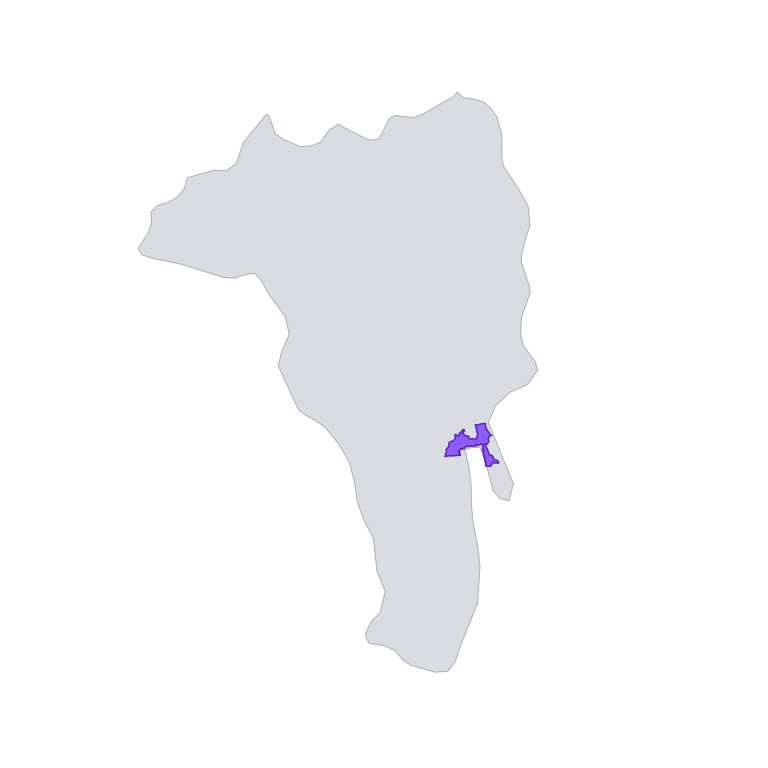 location of Sánchez, Samaná, Dominican Republic, rotated 72°
{"feature_id": "3306468B64693584443826", "entity_name": "Sánchez", "entity_type": "district", "adm_level": 2, "iso_a3": "DOM", "parent_name": "Dominican Republic", "parent_adm1": "Samaná", "projection": "orthographic", "projection_center": [-69.614, 19.143], "detail": "fine", "context": "in_parent", "style": "filled", "palette": "violet", "viewbox_px": 768, "rotation_deg": 72, "n_neighbors": 0, "source": "geoboundaries", "source_scale": "gbopen_adm2", "svg_char_len": 6506}
<svg xmlns="http://www.w3.org/2000/svg" viewBox="0 0 768 768"><g transform="rotate(72 384 384)"><path d="M127.1,507.3L128.1,479.5L132.5,468.2L128.7,456.3L111.1,443.4L100.5,427.0L91.1,412.4L93.3,410.4L112.5,410.0L119.3,404.8L132.5,390.2L135.2,378.3L134.3,369.4L126.0,358.5L122.8,347.2L133.3,337.4L147.0,323.2L149.0,317.7L148.7,312.2L133.1,296.8L132.1,290.3L139.7,273.9L139.1,263.0L132.2,228.9L128.8,223.7L135.8,221.0L140.6,210.9L146.8,201.9L155.0,197.2L164.3,194.2L182.7,194.7L208.1,202.8L215.3,202.7L239.8,195.8L260.2,192.0L279.2,196.6L286.9,202.8L302.6,212.7L310.5,215.7L335.4,215.6L342.2,216.6L363.1,232.8L380.7,239.3L390.9,239.6L409.3,233.4L418.4,233.6L428.8,247.5L430.8,267.2L439.5,285.1L452.9,296.6L519.0,291.8L533.7,301.2L528.7,309.0L519.4,313.2L487.9,311.3L474.2,312.3L471.4,320.1L471.4,327.3L489.8,329.0L507.8,332.6L526.2,338.3L544.9,342.3L565.9,344.8L586.7,348.9L621.4,362.8L659.8,394.7L670.1,402.0L676.9,412.0L673.8,424.4L660.2,444.9L652.5,451.4L641.2,455.5L633.5,463.8L626.1,478.1L621.5,479.3L616.2,478.8L606.9,470.8L600.3,458.4L581.7,446.9L559.7,448.5L527.3,441.7L507.7,445.1L488.1,445.8L468.0,442.3L447.8,441.1L427.7,445.4L408.1,452.9L400.9,457.6L388.3,469.1L381.6,473.4L334.0,479.0L320.3,470.4L307.7,458.8L289.4,457.1L262.8,465.8L246.2,469.0L239.4,472.8L237.4,477.1L237.2,493.3L233.4,503.2L207.2,540.1L192.3,566.3L186.2,574.3L179.3,576.0L166.6,560.8L158.6,555.2L148.5,552.4L144.3,544.3L144.6,532.9L142.1,521.8L136.0,513.1L127.1,507.3Z" fill="#d9dde1" stroke="#a8b0b8" stroke-width="1"/><path d="M451.8,322.3L451.9,322.9L452.0,323.3L452.5,324.3L453.2,325.2L454.3,327.6L454.6,328.0L455.0,328.3L455.9,328.6L456.1,328.9L456.1,329.8L456.0,330.3L455.2,330.8L454.0,331.2L454.4,332.0L455.0,332.6L455.3,332.7L455.5,332.7L456.1,332.4L456.5,332.4L457.6,332.9L458.3,333.6L459.4,335.8L459.4,336.4L459.4,339.2L459.6,339.6L460.0,340.3L460.9,340.8L462.2,341.0L463.3,341.5L463.6,341.9L464.3,343.4L464.9,344.2L465.2,344.8L465.5,345.0L465.9,345.2L467.0,345.4L467.9,345.8L468.9,346.5L469.5,346.9L470.3,347.5L470.9,347.8L471.8,348.4L471.8,347.1L472.2,346.0L472.3,344.5L473.1,342.7L473.3,341.6L473.6,340.8L473.8,339.6L474.0,338.9L474.2,337.8L474.5,337.0L474.7,335.9L475.0,335.1L475.2,334.0L475.4,333.5L475.1,333.4L475.0,333.6L474.8,333.6L474.7,333.8L474.2,333.8L474.2,333.7L474.2,333.4L473.8,333.3L473.7,333.4L473.3,333.3L473.2,333.4L472.3,333.4L472.2,333.4L472.2,333.6L472.2,334.0L471.8,334.0L471.9,333.1L471.5,333.2L471.2,333.2L470.9,333.2L470.7,333.0L470.5,332.6L470.3,332.6L470.3,332.4L470.2,332.4L470.1,332.0L470.0,331.9L469.9,331.7L469.7,331.2L469.5,330.9L469.3,330.6L469.4,330.4L469.6,330.4L469.8,330.3L469.8,330.2L470.0,329.8L470.1,329.7L470.1,329.4L469.9,329.3L469.9,329.1L469.8,328.8L469.7,328.8L469.6,328.7L469.8,328.6L469.8,328.4L470.1,328.0L470.3,327.7L470.2,327.7L470.0,327.8L470.0,328.0L469.9,328.0L469.7,327.9L469.6,327.6L469.3,327.4L469.3,326.8L469.2,326.7L469.2,326.4L469.1,325.9L469.0,325.7L469.0,325.0L468.9,324.8L468.7,324.2L469.1,324.2L469.2,323.7L469.3,323.5L469.3,323.2L469.6,322.3L469.8,321.1L469.9,320.8L469.9,320.5L470.0,320.4L470.0,320.2L470.1,319.6L470.2,319.4L470.2,319.2L470.3,319.0L470.4,318.7L470.6,318.5L470.6,318.2L470.7,317.6L470.9,317.4L470.9,317.0L471.0,316.8L470.9,316.7L471.0,316.7L471.0,316.3L471.0,316.0L471.1,315.9L471.1,314.9L471.0,314.7L470.9,314.7L471.3,314.4L471.1,314.2L470.9,314.0L470.8,313.9L470.8,313.7L471.0,313.6L471.3,313.7L471.4,313.4L471.2,313.3L471.1,313.1L471.2,312.7L471.3,312.7L471.2,311.6L471.3,311.4L471.3,311.0L471.2,310.9L471.1,310.6L470.9,310.3L470.8,309.9L471.0,309.8L471.0,309.7L471.5,309.4L471.8,309.3L472.0,309.1L472.3,309.1L472.5,309.2L472.8,309.3L473.0,309.3L473.0,309.2L473.4,309.2L473.6,309.1L473.9,309.1L474.1,309.2L474.4,309.2L474.5,309.3L475.0,309.5L475.5,309.7L475.7,309.9L476.0,310.0L476.5,310.3L476.5,310.5L477.0,310.5L477.3,310.4L477.5,310.3L477.5,310.2L478.0,310.2L478.0,310.3L478.1,310.2L478.1,310.3L478.4,310.3L478.5,310.4L478.8,310.4L478.8,310.5L479.3,310.7L479.4,310.8L479.6,310.9L479.8,310.7L479.9,310.8L480.1,310.7L480.4,310.9L481.0,310.9L481.1,311.0L481.4,311.1L481.6,311.1L482.2,311.2L482.4,311.4L482.5,311.4L482.8,311.3L483.1,311.3L483.3,311.3L483.5,311.4L483.7,311.1L484.2,311.2L484.3,311.0L484.6,311.0L484.8,311.1L484.9,311.3L485.1,311.3L485.3,311.2L485.6,311.4L485.7,311.5L485.9,311.5L486.1,311.2L486.4,311.2L486.5,311.1L487.0,311.1L487.4,311.2L487.5,311.4L487.9,311.6L488.0,311.6L488.2,311.4L488.6,311.5L488.8,311.6L488.9,312.1L489.2,312.0L489.2,311.9L489.3,311.8L489.4,311.7L489.5,311.6L489.8,311.4L490.1,311.2L490.5,311.2L490.8,311.4L490.8,311.6L491.1,311.8L491.3,311.9L491.3,312.0L491.6,312.3L492.0,312.2L492.3,311.9L492.8,312.1L492.9,312.3L493.0,312.3L493.6,312.4L494.1,312.0L494.1,310.6L494.2,310.1L494.8,309.4L494.9,309.1L495.0,308.5L494.9,307.9L494.4,306.9L494.2,306.5L493.6,306.0L492.3,305.4L492.2,305.2L492.1,304.9L492.3,304.4L492.5,304.2L493.0,303.8L493.5,303.0L493.7,301.6L494.5,300.0L494.5,299.7L494.4,299.4L493.8,299.0L493.3,299.4L493.0,299.6L492.1,299.7L491.6,299.8L491.3,300.1L491.3,300.3L491.1,301.5L490.9,301.8L490.7,302.0L489.8,302.2L488.2,302.9L486.3,303.0L485.7,303.3L484.4,304.2L484.1,304.7L484.0,305.5L483.9,305.7L483.7,305.8L483.2,305.8L477.5,305.8L477.0,305.9L476.2,306.2L474.3,306.3L473.2,306.7L472.9,307.0L472.6,307.1L472.4,307.0L472.3,306.7L472.7,306.2L473.1,305.3L473.1,304.9L473.0,304.6L472.4,303.9L472.1,302.9L471.7,302.5L470.9,302.1L470.4,301.9L468.9,301.9L468.5,301.8L467.5,301.4L467.3,301.2L467.1,300.9L466.6,300.0L466.1,298.9L466.1,298.2L466.1,297.7L465.9,297.9L465.9,298.0L465.7,298.0L465.2,298.3L464.6,298.5L464.2,298.7L464.2,298.8L463.9,299.0L463.6,299.1L463.3,299.2L462.9,299.4L462.6,299.3L462.5,299.5L461.5,299.4L461.3,299.7L460.7,299.9L460.2,300.1L459.8,300.1L459.1,300.1L458.7,300.3L458.3,300.5L457.8,300.5L457.6,300.6L456.0,300.5L455.4,300.4L455.0,300.2L454.8,300.2L454.7,300.1L454.4,300.1L454.0,300.1L453.7,300.0L453.4,299.9L453.1,299.7L452.9,299.7L452.4,301.1L452.3,302.9L451.9,304.0L451.8,307.6L451.1,309.8L455.9,309.9L456.4,310.0L457.1,310.3L457.6,310.4L460.6,310.4L461.2,310.5L461.7,310.8L463.7,312.8L464.0,313.1L464.4,313.3L464.9,314.3L464.5,315.3L463.8,315.9L463.3,316.7L463.2,317.2L463.2,318.5L463.1,318.9L462.6,319.3L462.2,319.9L461.5,320.2L461.3,320.2L461.1,320.1L460.8,319.7L460.6,319.5L460.2,319.5L459.7,320.5L458.9,321.0L458.6,321.4L458.5,321.9L458.4,322.4L458.2,322.7L457.5,323.0L456.6,323.4L455.8,324.0L455.4,324.1L455.0,324.0L454.3,323.6L453.7,322.3L453.2,321.9L452.8,321.8L452.3,321.8L451.8,322.3Z" fill="#8b5cf6" stroke="#5b21b6" stroke-width="1.5"/></g></svg>